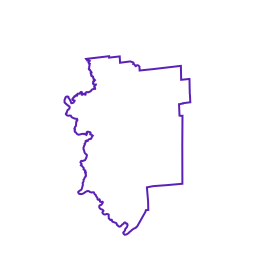 Monte, Buenos Aires, Argentina, rotated 43°
{"feature_id": "61730980B93860432283235", "entity_name": "Monte", "entity_type": "district", "adm_level": 2, "iso_a3": "ARG", "parent_name": "Argentina", "parent_adm1": "Buenos Aires", "projection": "equal_earth", "projection_center": [-58.915, -35.5], "detail": "fine", "context": "isolated", "style": "outline", "palette": "violet", "viewbox_px": 256, "rotation_deg": 43, "n_neighbors": 0, "source": "geoboundaries", "source_scale": "gbopen_adm2", "svg_char_len": 5893}
<svg xmlns="http://www.w3.org/2000/svg" viewBox="0 0 256 256"><g transform="rotate(43 128 128)"><path d="M179.2,103.3L159.5,81.9L158.4,83.0L157.2,83.8L149.1,75.8L151.5,72.6L151.3,72.4L156.0,66.7L151.0,61.8L149.5,60.5L139.5,50.2L134.0,56.5L124.3,46.5L106.8,67.1L97.3,78.0L94.5,75.3L92.9,75.2L91.9,75.8L91.4,76.7L91.4,76.8L91.5,77.1L91.0,77.3L91.0,77.5L90.5,77.3L89.2,77.3L88.5,77.1L88.1,77.5L87.6,76.6L86.9,76.6L84.2,77.8L77.7,85.7L73.1,81.3L66.2,89.4L65.2,88.4L50.2,106.1L50.6,106.2L51.3,105.8L51.9,106.3L52.2,105.8L53.0,105.4L53.6,105.5L53.9,105.1L54.2,105.0L54.3,105.3L54.3,105.6L53.7,106.0L53.7,106.3L53.8,106.5L54.0,106.8L54.5,106.9L55.0,107.3L55.3,107.3L55.9,107.0L56.3,107.0L56.4,107.3L56.4,107.9L57.1,108.3L57.9,109.8L58.8,110.6L58.8,111.2L58.9,111.4L59.7,111.8L60.1,111.8L60.8,111.5L61.4,111.9L62.4,111.9L63.4,112.2L63.7,112.4L63.7,112.7L63.2,112.8L63.0,113.0L63.2,113.3L64.3,113.9L64.8,114.0L65.0,114.1L65.0,114.5L65.5,114.6L65.9,114.9L66.1,114.9L66.4,114.5L66.9,114.5L67.4,114.3L68.0,114.7L68.3,115.1L69.7,115.4L70.0,116.2L70.5,116.1L70.9,115.5L71.2,115.5L71.2,115.9L71.0,116.6L71.4,117.0L71.4,117.3L71.0,117.8L71.0,118.1L71.8,118.9L72.2,119.5L72.3,119.5L72.9,119.3L73.3,119.4L73.6,119.4L74.2,118.7L74.9,118.1L75.0,118.3L74.8,118.8L75.1,119.3L74.8,120.1L74.9,120.6L75.2,120.9L76.4,121.1L77.3,121.8L77.2,122.0L76.6,122.3L76.0,122.9L76.0,123.6L75.6,124.1L75.4,125.0L75.6,126.1L75.6,126.7L75.4,127.3L75.0,127.8L74.9,128.1L74.9,128.6L74.6,129.0L73.4,129.8L73.1,130.4L73.0,130.8L73.1,131.2L73.8,131.9L74.2,132.6L73.9,132.9L73.5,133.0L72.6,132.8L72.3,133.2L72.1,133.6L72.1,134.5L71.8,135.0L71.5,135.2L71.1,135.2L70.8,134.8L70.5,134.3L70.1,133.4L69.6,133.3L69.2,133.5L68.9,134.0L69.0,135.6L68.9,136.3L67.8,137.2L67.8,137.7L67.9,137.9L68.6,138.7L68.7,139.0L68.4,139.2L67.9,139.0L67.7,139.1L67.6,139.3L67.6,139.8L67.9,140.2L67.9,140.4L67.8,140.7L67.2,141.2L67.2,141.4L67.6,141.8L67.6,142.3L67.3,142.7L67.5,143.5L67.4,143.8L67.5,144.6L67.6,144.9L68.4,145.3L69.1,144.7L69.7,144.8L70.4,144.4L70.5,144.5L70.8,146.6L70.3,147.8L69.6,148.5L68.3,147.8L66.3,147.0L65.2,146.7L63.7,146.5L63.3,145.9L62.9,145.9L61.8,146.6L61.4,147.7L61.4,148.3L61.9,149.0L61.9,149.3L62.0,149.4L62.4,150.7L62.8,151.2L63.3,151.6L64.1,152.5L64.6,152.7L65.3,152.5L66.1,152.7L66.6,152.5L68.4,152.6L69.0,152.3L69.4,152.4L70.6,152.2L70.8,152.3L71.2,152.8L71.5,152.9L71.7,153.2L71.8,153.9L71.9,155.1L71.6,155.8L71.8,156.8L72.1,157.3L72.2,157.8L72.7,158.4L72.9,158.7L72.7,159.1L72.7,159.7L73.2,160.3L74.6,160.4L75.3,160.1L75.9,159.8L76.9,158.6L77.7,158.0L78.2,158.1L79.1,158.5L79.9,158.4L82.3,157.6L83.5,156.9L84.4,156.1L85.2,156.4L85.8,157.1L85.5,158.0L85.6,158.3L86.2,158.7L86.4,159.5L87.4,160.5L87.8,161.2L88.4,161.8L88.5,162.1L88.6,163.7L89.1,164.2L89.2,165.0L89.5,165.3L90.2,165.2L90.5,165.4L90.8,166.4L91.7,167.0L92.4,166.9L93.0,166.7L94.1,167.1L95.1,167.1L96.3,166.7L97.0,165.9L98.4,163.6L99.2,162.8L100.1,162.5L100.3,161.7L100.7,161.4L101.8,161.6L102.3,161.5L102.3,161.2L101.8,159.8L101.5,159.6L100.9,159.5L100.7,159.2L100.7,158.8L100.9,158.4L101.4,157.9L103.1,157.0L103.5,156.9L103.8,157.0L104.1,157.3L104.3,158.2L104.7,158.4L105.2,158.3L105.8,157.8L106.5,157.8L107.3,157.6L107.5,157.6L107.6,159.1L108.0,160.0L108.0,160.3L108.3,160.8L108.3,161.2L107.2,162.7L107.1,163.1L107.0,163.9L107.4,164.8L107.0,165.4L106.2,165.5L105.9,166.5L106.9,167.6L107.0,168.1L107.0,169.1L107.8,169.6L107.9,170.7L108.6,172.0L108.8,172.7L110.1,174.0L110.7,174.1L113.1,175.6L113.9,175.8L115.8,175.7L116.4,175.8L116.7,176.1L116.9,176.8L117.6,177.6L117.7,178.4L118.1,179.0L118.2,179.9L118.5,180.7L118.2,181.4L118.1,181.7L117.7,182.2L117.5,182.9L116.6,183.5L116.3,184.0L116.2,184.2L116.4,185.0L116.6,185.5L117.0,185.7L118.2,185.7L118.6,186.1L118.8,186.3L118.9,186.6L118.8,186.9L118.9,187.4L119.4,187.4L120.0,187.1L120.4,187.2L120.9,187.2L121.9,187.4L122.7,187.4L123.2,187.6L123.7,188.6L125.1,188.5L125.7,188.2L126.1,188.6L126.4,189.3L126.7,189.4L126.8,189.8L127.1,190.0L128.0,190.1L128.4,190.5L128.4,190.4L128.7,190.8L129.2,191.0L129.7,191.4L130.1,192.1L130.2,192.6L130.0,193.5L130.8,195.3L130.8,196.2L131.9,197.3L132.3,198.6L132.3,199.1L132.8,199.6L133.2,199.8L134.0,200.6L134.5,201.9L135.2,203.0L135.9,204.6L135.9,205.2L135.3,207.3L135.2,208.2L135.2,208.7L135.6,209.1L136.8,209.5L137.4,209.3L138.9,208.3L139.8,206.8L140.2,205.6L140.3,204.8L140.9,202.6L141.6,201.4L142.8,200.8L143.6,200.8L144.2,200.5L144.9,200.3L145.5,199.9L146.0,199.1L146.8,198.4L147.0,198.4L147.7,198.8L148.1,198.8L149.0,199.2L150.0,199.0L151.8,199.8L153.1,199.9L153.7,200.3L154.1,200.8L154.6,200.9L155.3,200.8L155.6,200.3L155.8,199.6L156.0,199.6L156.3,199.9L157.1,200.3L157.7,200.9L158.0,200.9L158.4,200.5L159.1,200.3L159.5,199.4L159.8,199.3L160.2,199.4L160.3,199.6L160.6,200.3L160.9,202.2L160.7,202.8L160.3,203.3L160.2,203.8L160.1,204.1L160.3,204.8L161.1,205.6L162.2,206.0L163.6,205.8L164.6,205.3L165.9,205.1L166.4,205.2L166.7,205.6L166.7,206.3L166.8,207.2L167.2,207.4L168.1,207.7L169.4,207.5L170.0,207.1L170.5,206.6L170.9,205.6L171.2,205.3L172.3,204.6L172.9,204.5L173.1,204.6L173.9,205.6L174.6,206.2L175.4,207.1L176.3,207.3L176.8,207.2L177.8,207.3L178.1,207.1L178.4,206.4L178.8,206.2L180.1,207.1L180.7,207.1L181.3,206.7L183.0,206.1L183.6,205.7L184.0,205.6L184.7,205.6L185.8,206.4L186.6,206.2L187.1,206.4L187.8,206.3L188.9,206.1L189.4,205.6L189.7,204.1L189.6,202.7L189.9,201.3L190.0,201.0L189.8,200.5L189.9,199.5L190.3,199.1L190.6,199.0L191.0,199.0L191.7,199.2L192.1,199.1L192.5,198.6L192.9,198.6L194.0,199.4L194.7,200.9L194.9,202.7L194.8,203.3L195.0,204.0L195.5,204.7L195.9,206.3L195.8,207.5L196.0,207.9L196.6,208.2L197.3,208.4L198.2,208.3L198.4,208.3L199.2,207.3L199.5,206.7L199.8,205.8L200.1,204.2L200.0,203.3L200.3,201.8L200.4,199.8L200.9,197.7L201.6,196.0L201.8,195.4L201.6,194.5L201.9,193.9L198.7,180.7L198.0,177.6L197.1,175.9L198.7,174.1L193.0,168.2L182.3,158.5L186.1,153.3L195.0,143.7L205.8,131.7L179.2,103.3Z" fill="none" stroke="#5b21b6" stroke-width="2"/></g></svg>